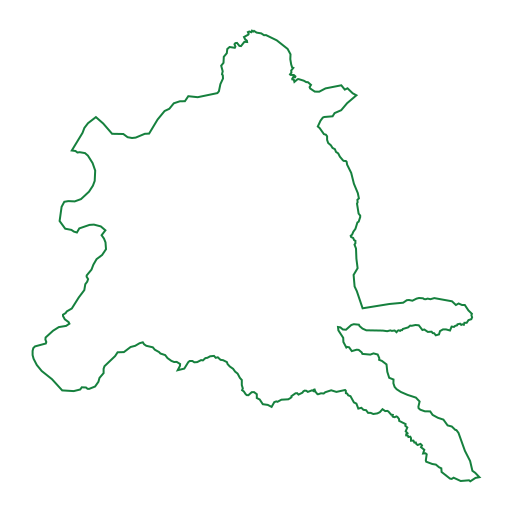 the district of Pital, Huila, Colombia
{"feature_id": "7082276B7472768394533", "entity_name": "Pital", "entity_type": "district", "adm_level": 2, "iso_a3": "COL", "parent_name": "Colombia", "parent_adm1": "Huila", "projection": "mercator", "projection_center": [-75.81, 2.257], "detail": "fine", "context": "isolated", "style": "outline", "palette": "green", "viewbox_px": 512, "rotation_deg": 0, "n_neighbors": 0, "source": "geoboundaries", "source_scale": "gbopen_adm2", "svg_char_len": 5981}
<svg xmlns="http://www.w3.org/2000/svg" viewBox="0 0 512 512"><path d="M356.4,95.3L352.7,93.3L347.5,88.3L344.8,89.6L341.3,85.3L325.5,88.4L319.2,91.7L314.8,91.6L310.2,88.5L309.6,87.1L311.0,84.9L307.9,82.2L306.2,82.1L303.8,80.7L298.6,79.1L297.6,79.2L294.4,81.9L293.8,79.6L292.3,79.4L292.2,78.8L293.3,77.0L295.1,77.2L295.4,76.4L293.8,75.0L290.5,74.9L290.0,74.4L291.4,72.6L291.2,70.5L293.3,67.9L292.1,67.3L291.2,64.5L290.3,59.2L290.5,54.3L287.6,48.9L276.7,40.3L266.0,35.1L264.0,35.2L261.3,33.4L256.6,32.6L254.0,30.9L253.1,31.6L252.0,30.7L251.2,32.2L249.3,31.5L247.9,32.1L248.7,33.9L248.2,34.7L244.0,37.0L245.0,39.1L246.9,40.7L247.1,42.0L244.4,41.8L241.0,46.1L239.4,45.9L237.0,42.9L235.4,43.1L234.5,44.2L235.4,46.6L234.8,47.8L229.6,47.0L227.3,49.0L226.8,53.2L223.8,56.8L223.5,62.8L221.2,65.7L222.7,71.3L222.0,74.3L222.8,75.3L223.0,78.5L220.4,84.1L218.9,91.3L217.4,93.1L197.7,97.2L188.3,96.2L184.9,101.2L179.8,101.3L173.8,103.3L169.3,108.8L164.6,111.0L157.6,119.5L149.1,133.6L144.8,133.8L135.7,137.6L132.0,138.0L127.6,137.2L123.3,134.0L112.1,133.8L103.2,123.5L95.9,117.1L88.0,123.2L84.4,127.9L82.5,132.9L71.8,150.5L75.5,151.0L77.4,152.5L79.7,152.2L85.0,153.1L87.9,155.6L92.6,163.1L95.2,170.6L94.7,180.9L92.9,185.7L89.0,191.7L81.0,199.1L74.7,201.4L68.3,201.1L64.3,201.8L61.6,206.8L59.6,221.0L65.2,228.7L71.4,229.9L73.9,231.6L76.9,232.5L79.3,228.4L89.5,224.9L93.9,224.6L100.8,226.4L105.4,230.3L101.6,235.2L104.0,238.6L105.5,242.4L106.0,249.2L102.1,255.0L96.6,259.1L93.4,264.6L91.5,269.6L86.7,275.4L86.6,276.7L88.1,279.1L87.2,281.7L85.3,284.2L84.3,290.1L78.8,297.4L71.8,308.5L66.8,311.4L65.6,313.1L63.0,314.7L63.0,316.0L64.8,319.3L68.6,322.1L69.4,323.7L66.1,325.9L58.8,327.1L53.1,330.7L45.6,337.5L45.4,339.6L46.3,342.0L45.8,343.5L35.0,346.4L33.3,348.1L32.6,350.9L32.6,355.1L33.6,358.8L36.8,365.0L41.7,371.0L52.0,379.2L62.2,390.4L73.7,391.1L80.2,389.5L81.8,387.3L86.0,387.5L87.5,388.8L89.1,388.9L95.1,386.5L98.4,381.8L99.5,377.9L103.6,373.1L103.6,368.8L104.5,366.2L115.1,356.1L117.6,352.3L123.9,352.1L130.6,347.0L135.2,345.8L139.6,343.2L142.8,342.3L144.1,344.3L146.3,345.8L152.8,347.3L154.8,349.7L159.1,352.1L160.4,353.5L165.2,355.1L167.5,358.1L171.4,360.9L174.1,362.0L176.7,361.9L180.1,364.0L180.0,365.8L177.7,370.2L184.3,368.6L188.3,362.1L189.7,361.0L192.4,361.0L194.3,362.3L197.2,362.1L201.1,360.1L202.9,360.4L205.4,358.1L207.4,357.8L210.1,356.3L214.0,355.9L215.7,357.8L217.8,357.3L220.5,359.8L223.1,360.2L226.9,362.1L227.6,364.1L229.8,366.5L233.1,368.8L235.1,371.6L237.6,373.6L239.9,377.9L241.8,380.0L241.8,385.1L242.8,388.4L242.1,390.2L243.8,391.4L245.6,394.1L246.7,395.1L248.4,395.2L251.7,392.2L254.0,392.1L256.8,394.2L256.8,398.0L259.7,399.5L262.8,404.2L267.8,404.9L271.6,406.9L274.3,402.1L276.3,401.4L277.5,401.8L281.4,399.7L288.3,399.3L290.5,398.0L291.5,397.1L291.4,396.2L295.5,393.3L297.2,393.2L298.5,394.6L302.4,392.7L303.4,391.3L304.7,390.6L306.4,390.8L307.8,391.9L312.1,390.3L313.6,391.1L313.9,389.7L314.6,389.5L315.5,391.8L317.5,394.2L318.3,394.2L321.0,393.3L323.7,393.5L325.3,392.2L331.2,390.3L336.4,391.9L345.1,390.0L345.8,390.7L345.9,393.2L347.2,393.6L348.2,395.3L350.5,396.2L353.9,402.4L356.4,403.6L358.3,408.6L361.4,407.8L363.4,409.8L366.1,410.2L368.1,412.9L370.7,412.9L373.3,414.0L377.3,413.4L379.8,412.2L382.5,409.2L385.2,411.1L387.3,410.9L388.4,411.5L391.2,414.7L392.8,414.9L392.5,416.2L393.0,416.8L394.7,417.2L396.4,416.4L397.4,416.9L399.0,419.0L399.2,420.9L405.6,424.1L405.3,425.8L407.3,427.5L405.7,431.3L407.5,433.2L406.2,434.2L406.2,435.4L407.8,435.6L408.4,437.0L410.3,436.7L411.0,438.1L411.0,440.7L413.4,440.6L414.4,442.6L415.8,442.5L416.4,444.1L417.7,445.0L420.5,443.9L422.0,445.4L421.0,447.2L424.3,449.8L423.1,453.5L425.5,453.3L426.7,454.3L425.8,460.4L426.2,461.7L432.3,464.0L435.9,464.6L439.1,467.3L441.3,468.3L441.6,472.0L450.0,478.6L451.7,478.9L453.6,477.7L460.7,481.0L469.0,480.3L470.3,481.3L475.5,477.9L479.4,477.2L475.2,472.8L472.4,470.8L470.1,461.0L464.9,450.8L458.5,432.9L456.4,430.1L455.3,429.9L451.8,426.5L447.6,425.4L443.4,419.6L437.9,417.8L432.6,414.9L430.2,411.4L424.8,411.3L420.3,409.7L418.6,408.2L418.4,406.7L419.6,401.5L415.9,397.6L407.6,394.9L400.9,392.0L396.6,389.2L394.6,386.9L393.4,383.3L393.5,379.5L389.2,377.8L387.3,371.8L386.5,364.4L381.9,360.9L379.1,359.8L379.3,358.2L377.7,354.5L373.5,353.4L370.3,354.6L362.4,353.9L361.7,352.4L358.7,349.9L356.7,349.7L351.8,351.1L349.1,347.3L347.0,346.9L346.3,347.5L343.4,342.0L343.2,337.8L338.4,330.4L338.0,327.0L340.4,327.4L342.9,329.5L346.0,329.7L351.3,325.0L353.8,324.2L358.9,324.7L359.6,326.1L362.5,328.6L366.3,330.3L382.9,330.6L387.2,331.2L390.3,330.4L391.9,330.9L394.6,330.5L396.5,332.2L397.7,330.7L398.8,330.3L400.1,330.9L401.0,330.1L402.1,330.1L402.8,329.0L408.1,327.4L410.2,325.6L411.6,325.8L415.5,325.0L418.8,325.3L422.4,330.0L424.3,329.5L427.8,331.9L431.6,331.7L432.7,333.1L434.1,333.2L435.8,335.3L439.0,334.4L440.0,331.1L443.0,329.4L446.0,329.4L450.0,330.5L451.6,326.6L454.0,326.9L455.1,325.9L457.1,325.3L457.5,324.3L460.1,323.7L461.2,324.9L462.2,324.3L463.8,324.8L464.4,322.8L466.7,322.8L468.5,320.1L471.3,319.2L472.1,317.3L471.4,315.1L471.9,313.8L468.4,310.4L464.8,305.0L462.0,305.0L458.6,303.5L455.9,305.0L452.0,301.3L434.3,298.1L430.4,299.2L427.6,298.6L425.8,299.2L424.2,299.1L423.0,298.3L419.0,298.0L416.6,298.6L412.4,300.7L409.0,300.0L406.8,300.2L403.2,302.7L389.3,304.0L362.6,308.3L356.8,291.1L354.6,286.5L353.6,274.9L357.6,268.2L356.4,258.7L356.0,248.5L354.5,244.6L355.4,243.3L355.4,240.8L354.1,240.1L353.2,238.0L351.1,237.0L350.7,235.8L352.1,234.6L353.4,231.6L355.4,228.9L357.4,222.5L358.7,221.6L360.2,217.1L360.2,215.6L358.6,213.6L357.0,203.6L357.6,202.3L357.4,199.8L358.9,198.4L357.8,193.1L353.9,183.7L351.2,172.9L347.1,164.6L346.6,161.7L345.8,161.0L343.7,160.9L342.9,160.3L339.9,156.7L338.2,153.4L336.0,151.9L334.9,149.2L332.5,147.9L330.9,145.3L328.2,143.0L327.1,139.9L327.1,136.3L325.9,134.7L323.9,134.1L319.6,128.0L317.8,126.5L320.5,120.7L322.8,117.6L324.2,117.0L332.6,116.3L334.6,113.1L341.2,110.2L347.1,103.2L356.4,95.3Z" fill="none" stroke="#15803d" stroke-width="2"/></svg>